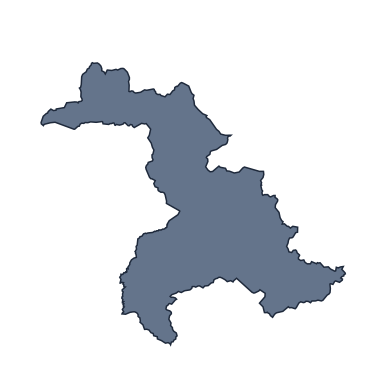 the district of San Antonio de Putina, Puno, Peru, rotated 259°
{"feature_id": "86281439B17280612130391", "entity_name": "San Antonio de Putina", "entity_type": "district", "adm_level": 2, "iso_a3": "PER", "parent_name": "Peru", "parent_adm1": "Puno", "projection": "mercator", "projection_center": [-69.619, -14.709], "detail": "fine", "context": "isolated", "style": "filled", "palette": "slate", "viewbox_px": 384, "rotation_deg": 259, "n_neighbors": 0, "source": "geoboundaries", "source_scale": "gbopen_adm2", "svg_char_len": 5982}
<svg xmlns="http://www.w3.org/2000/svg" viewBox="0 0 384 384"><g transform="rotate(259 192 192)"><path d="M90.0,326.3L90.1,323.4L89.6,321.0L90.6,319.3L87.2,318.0L87.0,317.1L90.0,313.2L92.5,311.6L93.0,307.2L98.1,304.2L98.1,302.6L98.7,301.6L97.8,300.6L100.8,296.1L98.9,294.6L99.5,291.4L101.4,289.5L104.0,288.8L104.0,285.6L105.9,283.7L107.5,284.0L109.2,285.5L109.7,285.5L112.2,283.6L114.1,283.4L115.3,282.7L115.4,280.3L113.6,278.3L114.8,275.7L117.7,275.5L120.6,274.5L123.5,276.5L126.2,277.5L128.2,279.0L128.0,281.6L128.5,282.6L132.3,286.0L132.4,287.9L137.3,289.0L139.1,284.4L137.8,281.7L139.9,280.1L140.1,279.0L143.1,276.7L143.3,274.4L145.6,275.7L146.7,274.6L149.9,273.6L155.4,273.5L160.7,270.7L163.6,271.5L166.6,274.2L167.9,274.7L169.3,274.1L170.8,272.5L172.7,272.9L173.0,271.3L172.2,268.3L172.8,267.2L175.0,265.8L175.6,262.5L175.2,261.0L175.8,260.6L178.0,260.5L179.5,261.5L180.9,260.9L185.1,260.8L185.5,261.7L186.5,261.2L187.8,262.1L190.1,261.5L192.7,264.5L195.5,265.8L198.6,266.1L199.4,262.1L206.5,248.2L205.9,246.5L202.6,242.1L202.6,237.1L205.3,232.7L206.1,230.1L208.9,229.4L210.9,224.4L212.3,223.4L208.2,216.1L208.4,213.7L210.4,211.9L214.1,210.2L218.9,213.4L221.4,213.7L223.0,212.6L224.0,213.2L225.5,216.7L228.0,217.7L228.6,218.6L229.1,224.3L232.0,230.6L232.3,234.1L233.3,235.6L234.5,236.3L236.6,237.2L237.9,237.1L239.6,238.0L240.0,239.5L239.6,239.9L240.3,241.1L241.3,235.6L243.4,231.2L246.4,230.0L248.8,228.0L259.6,223.2L262.3,220.4L263.3,220.2L264.2,221.2L266.8,217.4L271.8,213.8L276.7,211.0L280.9,211.3L283.5,210.9L286.6,212.4L288.4,210.8L290.1,210.2L296.6,209.0L300.3,204.4L301.4,202.7L301.1,201.3L298.4,197.9L298.7,197.0L297.9,195.1L295.6,194.3L294.9,192.3L291.9,189.0L292.7,186.5L290.6,183.7L292.6,180.0L294.0,179.2L294.2,177.1L295.0,176.1L295.8,175.4L297.7,175.3L298.6,174.5L299.9,174.5L300.5,173.7L300.5,167.0L301.3,164.9L299.7,160.5L299.9,155.4L301.0,154.0L302.3,153.3L302.8,151.6L302.3,150.3L302.8,149.3L308.9,150.7L312.7,150.8L314.4,152.0L316.3,152.4L321.9,151.4L325.8,148.9L326.5,147.9L326.8,145.7L325.9,142.3L326.9,140.8L326.6,136.5L327.9,132.1L324.4,129.4L326.6,128.6L328.3,126.5L330.1,127.0L333.0,126.6L335.1,125.4L336.7,123.8L337.1,119.9L337.9,119.0L337.5,117.9L336.1,117.4L334.5,115.3L333.3,114.8L332.6,112.7L330.2,111.1L328.3,107.1L326.2,105.7L318.6,103.8L316.0,102.6L315.5,101.3L313.8,102.0L311.3,102.2L306.7,101.1L304.3,101.8L302.9,101.7L302.2,100.6L302.3,98.2L301.2,97.2L302.2,96.3L302.8,94.1L303.5,86.0L299.2,82.8L299.4,74.6L298.2,74.1L298.4,71.5L300.3,69.3L298.4,66.2L297.0,65.3L296.9,64.1L294.7,60.4L289.0,57.1L287.6,57.1L285.5,58.8L286.5,59.6L286.7,60.5L287.0,66.2L286.6,70.9L276.1,88.2L276.1,89.0L278.2,92.5L278.1,93.9L280.0,95.2L280.6,96.9L280.0,98.9L280.6,100.3L279.9,103.0L280.2,105.8L278.7,111.2L278.3,117.2L277.9,117.6L275.9,117.7L274.2,123.2L274.8,124.5L274.5,125.7L274.8,127.9L274.4,128.7L272.4,129.0L272.1,129.5L272.7,130.7L271.5,133.6L271.6,135.7L272.0,137.7L272.9,138.5L272.8,139.5L269.3,141.9L269.0,143.0L270.0,144.5L269.4,145.9L267.8,146.3L266.3,147.6L269.0,155.6L267.8,158.7L267.9,160.1L261.6,163.4L255.8,160.9L253.6,158.9L247.8,161.3L243.3,161.7L240.5,162.6L236.7,160.9L236.1,159.8L233.2,159.4L231.2,159.9L230.0,159.1L229.4,154.7L227.7,153.8L226.8,152.4L225.0,151.3L223.1,151.3L214.5,153.1L212.8,154.2L212.6,155.2L210.2,158.1L207.5,156.1L204.2,156.8L202.5,159.4L200.6,159.0L199.6,159.3L197.7,161.4L197.4,163.2L196.3,164.6L194.3,165.1L187.9,165.3L185.7,164.7L175.8,176.3L175.4,176.3L172.4,173.9L168.2,164.2L164.9,161.3L164.4,161.6L163.9,161.0L162.4,160.7L161.8,159.8L161.9,159.2L161.2,158.4L160.9,157.2L161.2,156.3L160.6,154.5L161.1,152.1L160.4,151.6L160.7,150.0L160.2,148.8L160.6,147.9L159.8,145.7L160.2,140.8L159.9,139.3L160.4,138.6L160.2,136.5L158.1,134.3L158.1,132.4L157.0,131.7L156.3,129.9L150.2,128.0L149.3,126.8L146.4,126.6L144.3,124.7L143.6,125.2L142.2,124.8L141.5,125.2L138.4,124.9L138.2,122.4L136.9,119.6L134.4,117.5L132.6,117.0L130.4,114.7L128.8,114.7L129.4,113.5L129.1,113.1L126.0,112.8L125.7,112.4L126.3,111.6L125.4,110.8L125.8,109.7L124.3,108.3L124.8,106.5L123.6,106.4L122.1,104.8L119.7,105.6L116.4,104.0L116.0,105.2L116.6,104.6L117.0,105.0L116.1,107.5L114.9,106.6L114.2,107.3L112.1,107.1L111.5,108.4L109.3,104.8L108.1,104.6L107.0,105.4L105.3,104.4L102.6,104.0L102.3,103.2L100.9,102.9L99.8,103.6L97.6,102.8L97.4,103.9L96.4,102.6L95.2,103.8L94.5,102.8L93.7,103.3L92.5,102.8L92.1,103.5L90.0,101.2L87.4,102.1L86.7,100.7L85.7,100.0L84.7,103.5L85.7,108.2L85.6,111.4L85.3,112.9L84.0,114.7L82.1,115.7L80.1,115.3L78.4,116.8L75.2,116.7L74.1,116.1L71.0,118.5L66.2,119.2L65.9,121.4L64.8,123.4L61.7,124.9L60.5,126.9L58.2,127.0L56.6,130.3L54.4,130.0L52.0,133.6L48.7,137.1L48.7,139.8L47.4,141.4L46.1,141.8L48.6,143.1L48.6,144.9L50.0,145.9L50.8,148.0L52.8,148.5L53.6,149.9L56.6,149.7L58.8,147.5L60.9,146.7L62.7,146.9L65.0,145.5L67.4,146.4L71.5,145.0L74.8,146.4L76.4,148.5L77.9,148.7L79.5,147.6L81.1,144.8L82.1,144.1L84.9,145.2L85.3,146.5L86.7,148.0L86.8,148.7L85.8,150.7L89.2,155.0L89.7,156.4L91.3,155.3L92.3,153.3L92.6,151.4L93.7,150.6L95.1,152.6L95.8,157.3L97.0,159.6L95.4,162.3L96.5,165.9L96.3,171.3L97.4,173.3L99.1,174.2L98.8,176.2L97.9,177.5L98.6,180.1L98.4,181.5L95.8,184.5L97.3,186.6L97.0,190.0L99.1,193.6L99.1,195.6L101.5,196.7L102.4,198.7L102.4,200.2L103.1,202.0L102.9,203.4L101.9,205.0L99.5,207.8L97.3,209.5L97.6,213.1L95.9,215.1L97.0,216.1L98.8,219.3L82.1,231.8L81.0,233.4L81.0,234.5L82.1,238.7L83.1,240.0L78.6,244.5L75.2,243.6L70.0,237.0L65.7,239.8L59.8,240.1L59.4,241.8L59.6,243.0L58.6,243.6L57.8,244.8L55.7,245.4L53.6,247.2L56.2,249.7L57.3,251.8L57.5,258.4L61.0,264.7L59.8,265.5L59.5,267.8L57.7,271.0L58.6,272.3L62.6,275.7L63.5,277.8L62.2,280.1L62.2,281.6L63.0,283.0L62.4,285.3L60.7,287.2L62.1,288.9L61.5,292.5L61.8,295.0L60.4,298.2L60.7,299.8L65.0,305.0L65.8,307.1L67.0,308.3L70.8,309.4L75.3,309.8L75.5,310.6L74.4,312.7L76.9,314.9L77.3,316.0L75.2,319.6L76.8,322.7L77.8,323.1L79.2,321.6L80.3,322.9L80.7,325.0L81.7,325.3L82.4,326.9L83.5,326.8L87.5,324.3L90.0,326.3Z" fill="#64748b" stroke="#1e293b" stroke-width="1.5"/></g></svg>